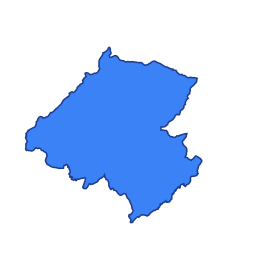 the district of Ankazoabo, Atsimo-Andrefana, Madagascar, rotated 32°
{"feature_id": "10022922B67140219559440", "entity_name": "Ankazoabo", "entity_type": "district", "adm_level": 2, "iso_a3": "MDG", "parent_name": "Madagascar", "parent_adm1": "Atsimo-Andrefana", "projection": "equal_earth", "projection_center": [44.688, -22.132], "detail": "fine", "context": "isolated", "style": "filled", "palette": "blue", "viewbox_px": 256, "rotation_deg": 32, "n_neighbors": 0, "source": "geoboundaries", "source_scale": "gbopen_adm2", "svg_char_len": 5894}
<svg xmlns="http://www.w3.org/2000/svg" viewBox="0 0 256 256"><g transform="rotate(32 128 128)"><path d="M206.1,115.7L202.7,115.5L200.9,115.6L200.3,115.9L199.9,116.8L199.6,119.5L198.8,121.2L198.8,121.9L195.9,122.2L194.3,121.8L193.1,121.9L192.4,122.4L191.9,122.4L191.6,121.7L191.7,120.2L191.5,119.3L190.6,117.9L190.1,116.2L188.6,114.4L187.5,113.8L184.6,113.2L182.7,112.2L181.3,110.8L181.2,110.1L181.7,108.6L181.6,107.5L182.0,105.4L181.7,103.8L181.1,102.7L181.2,102.0L180.9,101.5L179.2,102.9L175.5,107.1L174.8,108.3L173.7,108.6L173.0,110.8L172.4,111.4L169.3,112.3L168.6,112.9L164.4,111.6L164.3,110.8L161.9,109.8L160.4,110.7L158.5,111.2L157.2,112.3L156.8,112.1L155.5,109.6L157.0,108.7L158.5,107.4L158.9,106.2L159.3,105.7L159.7,103.7L159.4,102.5L159.4,101.3L161.3,97.8L161.7,95.9L161.8,94.2L161.6,92.5L161.9,91.3L162.4,90.3L163.8,90.1L164.2,89.8L164.5,89.2L164.4,88.4L163.3,85.5L164.4,83.3L164.6,81.7L164.6,81.2L163.6,79.5L164.1,77.4L163.3,76.7L162.8,74.6L162.7,72.9L163.4,70.9L162.3,70.5L161.5,69.6L161.4,68.3L161.6,67.5L161.6,67.1L162.2,66.1L161.4,65.3L161.1,63.4L160.2,62.6L159.8,61.1L160.2,59.0L161.1,56.8L161.1,55.6L161.6,54.2L161.6,52.2L160.7,50.6L160.4,49.2L158.3,49.8L155.6,51.3L153.9,52.0L153.2,53.0L152.4,53.4L150.8,53.8L149.5,53.5L148.0,53.5L146.7,54.4L145.3,53.9L144.2,54.9L143.1,55.4L139.7,54.6L138.2,53.7L135.1,55.2L134.9,54.3L134.2,54.7L132.2,55.3L128.7,55.6L127.1,56.4L121.3,56.3L117.1,57.1L115.8,56.9L113.9,58.1L112.7,60.3L112.6,61.3L111.7,62.4L111.3,63.6L109.1,65.9L106.4,65.7L105.6,65.4L103.9,65.8L102.5,67.0L101.9,67.1L96.2,69.6L94.5,71.0L92.8,71.6L90.9,73.4L88.9,73.3L85.8,74.5L84.0,74.5L82.4,73.4L80.7,73.0L79.4,73.1L78.4,73.7L76.2,77.0L75.4,77.6L74.8,77.5L73.7,76.3L73.7,75.8L74.2,74.8L73.8,73.2L72.3,72.1L70.9,70.2L69.9,69.5L69.4,69.5L69.0,70.1L69.2,72.5L69.0,73.7L68.0,76.3L66.9,77.6L67.4,78.2L67.7,80.3L67.5,84.9L68.1,87.0L69.8,89.4L70.6,91.2L72.6,92.6L72.7,96.9L72.3,97.9L71.5,98.8L70.5,99.3L69.3,101.4L68.0,102.5L67.2,102.8L64.9,102.6L63.4,103.2L62.6,104.2L62.8,104.8L65.2,106.5L64.3,109.3L64.4,110.1L64.2,111.4L64.3,111.8L64.9,111.8L65.3,112.9L65.8,113.2L65.8,113.6L65.7,114.3L64.3,116.3L64.2,116.7L64.6,117.2L64.6,117.8L63.7,118.8L63.8,119.6L63.4,120.3L63.5,120.8L64.0,121.4L63.7,124.8L63.0,126.9L61.3,126.9L59.7,129.7L60.5,130.0L60.8,130.4L60.9,132.9L60.4,133.3L60.4,133.6L60.1,133.9L60.2,134.5L59.7,135.0L58.5,138.4L58.6,143.5L57.9,145.7L57.5,148.0L57.0,149.1L56.5,150.7L56.1,153.4L55.3,155.2L54.2,155.9L54.1,159.8L53.8,160.9L52.7,162.2L51.6,163.8L51.0,164.2L50.8,164.6L50.5,164.7L49.9,164.2L49.4,164.1L47.8,164.6L47.0,165.7L46.7,168.4L47.5,169.8L47.1,170.5L47.2,170.9L47.0,171.5L48.1,173.3L48.5,176.4L45.7,180.9L45.2,182.1L45.1,183.0L44.6,183.0L44.7,183.6L44.9,183.7L44.4,187.0L45.7,187.5L45.4,188.3L45.9,189.1L46.5,189.2L46.4,189.6L46.1,190.0L46.3,190.6L49.8,192.8L49.8,195.8L50.6,196.8L50.9,196.8L51.3,197.9L51.7,198.3L52.3,200.2L53.7,200.8L53.9,200.3L55.7,199.9L56.7,199.1L58.3,198.7L59.2,197.8L59.6,197.1L60.3,193.6L62.4,193.3L63.4,192.1L64.3,191.8L65.4,192.1L66.2,192.7L66.8,192.7L68.3,192.1L68.8,192.5L71.3,192.4L72.5,192.7L73.4,193.9L74.1,194.2L74.7,197.8L75.1,199.0L75.8,200.0L78.7,201.7L80.9,201.4L82.6,201.6L85.6,200.9L88.5,199.5L90.9,198.8L94.6,196.3L93.7,194.2L93.7,193.5L94.1,193.1L94.9,192.8L95.0,191.8L95.4,191.4L95.8,191.4L96.6,191.6L97.6,193.1L98.0,192.9L98.3,192.4L98.8,192.4L99.6,194.0L100.7,194.2L101.8,195.6L102.4,195.9L102.7,196.5L102.2,197.5L102.3,198.4L103.0,198.4L103.8,198.9L104.4,200.2L105.3,200.5L105.9,199.3L107.0,199.2L106.9,200.7L107.2,201.4L107.6,201.5L108.2,201.4L108.5,201.1L109.5,201.1L110.0,200.4L109.8,199.8L110.5,199.3L110.6,199.9L111.7,200.2L112.0,199.7L112.3,198.0L113.0,197.9L114.0,196.9L114.7,195.7L116.3,194.6L117.5,193.1L118.0,193.1L118.6,193.4L119.5,195.3L121.0,202.2L121.7,202.6L122.6,202.7L124.5,201.6L124.9,199.5L124.7,195.7L125.2,195.5L126.3,195.7L127.1,194.7L127.9,194.3L128.4,193.1L128.8,192.8L129.3,191.6L130.3,190.4L130.7,189.2L130.3,188.8L130.3,188.3L130.7,187.4L131.1,185.5L131.8,184.9L132.7,182.7L133.0,181.0L132.8,180.1L133.8,180.9L134.5,182.1L135.6,182.3L136.7,183.3L138.1,182.8L138.7,183.1L139.3,183.7L139.9,184.0L140.9,184.9L142.4,187.2L145.5,189.1L146.2,189.1L146.6,187.6L147.1,187.1L148.9,188.3L149.5,187.8L151.5,187.6L154.2,188.8L156.3,189.2L157.1,189.1L158.2,188.2L158.6,186.9L159.6,185.5L160.5,185.2L161.7,185.5L164.2,187.6L166.1,188.0L167.2,188.5L172.8,192.4L173.1,193.1L173.8,193.3L174.1,194.2L175.5,194.7L176.0,195.1L176.4,196.2L176.5,198.0L176.1,199.4L176.2,200.1L175.4,200.4L174.9,200.9L175.1,201.8L175.6,202.7L175.9,202.6L177.5,203.6L179.0,204.0L179.8,206.5L180.1,206.8L180.5,206.8L181.8,205.7L181.8,203.9L182.7,199.1L183.3,198.2L184.2,198.1L184.6,197.6L185.4,194.4L186.5,194.1L187.2,193.5L189.3,192.6L190.5,192.7L190.9,192.4L191.7,191.0L191.9,190.2L192.1,188.1L193.3,185.0L193.3,184.6L194.6,183.6L195.4,181.6L196.6,180.9L196.4,179.7L195.9,179.4L196.4,178.8L196.6,177.9L196.3,177.0L196.5,175.5L195.8,175.7L195.7,175.3L196.1,174.8L196.8,174.8L197.1,174.2L197.3,173.7L197.0,173.4L197.8,171.8L198.1,171.8L198.3,171.5L198.5,170.9L198.6,169.8L199.3,170.5L199.8,170.2L200.0,170.3L200.1,169.9L200.7,170.0L202.0,169.1L202.3,168.4L202.2,167.5L202.4,167.3L202.3,166.6L202.5,166.2L202.2,165.2L202.7,164.7L202.0,164.0L200.3,160.1L200.6,159.9L201.0,160.4L201.5,159.9L201.4,158.6L201.1,158.2L201.6,156.0L201.0,156.2L200.7,155.9L201.5,154.7L201.7,152.9L201.5,151.6L202.2,151.2L202.9,151.4L203.2,151.8L203.6,151.6L203.7,151.2L203.6,150.3L202.8,149.6L202.9,148.0L203.1,147.7L204.0,147.0L204.7,145.8L205.2,145.8L205.8,147.1L206.9,146.8L207.3,147.3L207.6,147.2L207.8,145.0L209.1,143.2L209.2,140.5L209.0,139.6L207.3,137.1L207.2,136.4L207.6,135.1L208.6,134.7L210.3,133.2L211.4,131.8L211.6,129.5L210.8,129.5L210.3,128.2L209.3,127.7L208.6,124.3L208.1,123.6L208.0,122.7L208.3,120.0L208.1,118.5L208.3,117.8L208.1,116.9L207.3,116.2L206.4,116.1L206.1,115.7Z" fill="#3b82f6" stroke="#1e3a8a" stroke-width="1.5"/></g></svg>